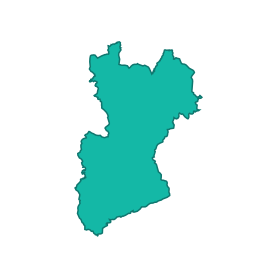 outline of Antanifotsy, Vakinankaratra, Madagascar, rotated 243°
{"feature_id": "10022922B69082959012584", "entity_name": "Antanifotsy", "entity_type": "district", "adm_level": 2, "iso_a3": "MDG", "parent_name": "Madagascar", "parent_adm1": "Vakinankaratra", "projection": "orthographic", "projection_center": [47.552, -19.75], "detail": "fine", "context": "isolated", "style": "filled", "palette": "teal", "viewbox_px": 256, "rotation_deg": 243, "n_neighbors": 0, "source": "geoboundaries", "source_scale": "gbopen_adm2", "svg_char_len": 5859}
<svg xmlns="http://www.w3.org/2000/svg" viewBox="0 0 256 256"><g transform="rotate(243 128 128)"><path d="M57.2,43.5L55.9,44.9L55.9,46.1L55.5,46.9L54.2,48.1L52.6,48.4L52.0,49.9L49.6,49.8L48.7,50.4L47.7,50.5L47.2,51.6L46.2,51.7L45.7,52.0L45.9,52.4L46.6,52.3L47.0,52.7L46.8,53.9L46.0,55.8L46.1,57.5L50.1,59.8L50.5,62.4L50.5,65.3L51.4,65.8L52.4,65.1L52.9,66.2L52.5,66.7L52.7,67.1L52.4,67.3L52.0,68.5L51.8,69.1L52.0,69.8L52.3,70.1L54.9,70.0L53.9,71.2L53.6,72.7L52.8,73.9L52.9,75.6L53.7,77.9L53.0,80.5L52.8,80.9L52.3,80.8L51.8,81.2L52.0,83.1L51.6,83.6L51.4,86.3L51.7,89.7L51.1,90.9L51.0,91.6L51.9,92.3L52.1,95.0L51.5,94.8L51.1,94.3L50.6,94.7L50.2,95.5L49.6,98.5L50.3,102.0L51.5,104.3L49.9,107.7L49.9,109.1L50.5,111.1L50.8,113.2L50.5,114.6L49.8,116.2L49.7,118.1L49.2,119.1L49.0,120.0L49.3,121.9L48.7,125.1L49.0,126.6L48.5,131.4L48.9,134.5L50.5,135.2L52.3,135.3L55.1,137.0L56.0,137.2L57.8,136.7L59.7,136.9L61.2,138.0L62.4,138.2L63.0,138.1L63.8,137.5L64.2,136.8L65.2,136.1L66.1,134.5L67.0,134.0L67.3,134.0L69.0,135.2L71.2,136.4L73.1,136.1L75.1,135.2L82.3,136.7L83.1,136.7L84.9,135.8L85.4,136.3L85.6,137.0L86.3,137.1L86.9,137.0L87.8,136.0L89.5,135.9L90.3,136.1L90.6,136.6L90.3,138.2L91.3,138.3L94.6,141.5L95.2,141.3L96.5,142.0L96.7,143.3L99.1,145.6L99.9,147.2L100.0,149.7L99.8,152.6L100.0,152.9L100.9,153.2L101.5,153.7L102.2,155.7L103.3,156.7L103.4,157.3L102.9,158.5L103.0,159.0L103.8,160.0L105.2,160.9L106.2,161.9L108.7,162.4L108.3,163.3L108.1,164.5L108.2,165.3L107.2,168.2L107.2,168.7L109.8,170.5L110.8,170.3L111.5,170.5L112.1,170.3L112.4,170.6L113.1,170.4L115.1,172.8L116.4,173.7L115.2,174.3L114.2,175.2L114.0,175.7L114.2,176.5L114.1,177.2L115.1,178.6L116.8,179.3L117.7,180.0L118.0,180.7L116.1,181.7L115.8,182.9L115.5,183.1L111.9,183.9L109.3,185.2L109.0,185.9L110.1,187.2L112.5,188.3L113.1,189.1L113.1,189.7L112.1,190.2L111.3,191.6L111.5,192.9L113.1,194.1L112.8,195.0L112.6,195.1L112.2,194.7L111.8,195.1L112.0,196.7L111.4,198.8L111.6,199.8L111.9,199.2L113.0,198.3L113.8,198.0L114.5,198.3L117.0,200.0L117.3,200.0L118.0,199.4L120.1,199.5L120.3,200.1L120.1,202.1L121.0,202.5L121.3,203.4L122.5,203.7L122.4,204.5L121.6,205.9L121.5,206.9L121.8,207.8L124.3,206.9L124.4,206.7L123.8,206.1L123.7,205.5L123.9,204.2L124.7,203.2L126.7,202.8L128.1,201.9L129.8,202.4L130.5,201.7L131.6,201.5L140.3,206.8L141.9,207.4L144.2,207.2L145.4,208.5L147.2,212.3L148.6,212.5L150.0,212.1L153.4,209.7L157.7,208.4L159.1,207.4L160.6,205.3L161.9,204.9L166.2,205.3L167.5,203.9L167.8,203.2L168.3,203.1L168.8,202.6L168.8,202.0L168.2,200.8L168.7,199.9L170.6,201.0L171.4,200.8L173.3,201.0L174.4,202.1L175.6,202.0L176.9,202.7L177.3,202.3L177.6,202.4L177.6,201.7L178.6,200.5L178.3,199.7L179.0,199.5L179.8,197.6L180.8,196.4L180.8,195.8L178.8,194.1L178.4,193.2L177.1,192.6L176.4,190.8L175.1,189.8L175.0,188.9L174.4,188.6L174.3,187.9L173.4,187.3L173.5,186.6L172.9,185.5L172.6,183.3L172.0,182.8L171.2,182.9L170.7,182.5L170.4,182.0L170.5,181.1L168.5,178.7L168.8,178.2L168.6,177.9L167.9,177.9L167.7,177.1L166.7,177.5L166.4,176.7L166.9,176.4L166.9,176.1L166.7,175.9L166.3,176.0L166.1,175.1L165.4,174.8L165.7,174.3L165.3,173.7L171.2,174.0L173.0,173.8L176.3,171.4L176.5,169.5L180.0,166.2L181.0,165.7L180.8,164.7L181.9,162.4L182.1,160.8L181.7,158.9L181.0,157.4L180.9,156.1L183.7,155.7L185.3,153.8L186.8,150.8L188.8,148.8L193.1,151.8L197.1,152.7L199.0,153.9L200.8,157.2L202.1,157.1L202.5,157.3L202.6,157.9L203.1,157.4L203.6,157.8L204.4,157.8L205.1,159.0L206.8,159.4L207.4,159.9L208.6,159.5L209.2,157.9L209.0,157.4L209.3,156.8L209.0,156.4L208.8,156.7L208.6,156.5L209.1,155.3L208.8,153.9L209.6,152.9L209.6,151.0L209.9,150.8L209.6,150.5L209.0,148.9L209.2,148.4L210.1,148.0L210.3,147.7L207.9,146.9L207.3,146.5L206.7,145.5L206.1,145.3L205.0,145.6L204.4,145.1L203.3,144.9L202.7,144.2L203.4,142.9L203.5,141.7L203.9,140.6L204.2,137.3L204.1,132.6L207.9,131.7L208.7,130.6L209.5,128.3L209.3,127.3L207.4,125.8L204.3,124.0L199.7,122.2L198.1,120.4L195.2,120.7L194.3,121.4L192.6,122.1L191.4,122.3L191.1,122.7L190.0,122.3L189.3,122.4L189.1,121.7L189.4,121.0L188.5,119.9L188.5,119.3L187.9,118.9L188.2,116.9L187.1,116.4L187.5,115.4L187.1,114.9L186.6,114.9L186.2,115.5L186.2,116.5L186.6,117.4L184.9,118.5L185.2,119.8L183.1,121.3L182.3,120.9L182.0,119.3L181.5,119.1L181.1,118.2L180.6,118.0L179.9,118.1L179.5,118.8L177.8,119.5L177.1,119.6L176.4,119.3L175.2,118.1L172.7,116.2L172.3,112.6L171.5,112.7L170.9,113.6L169.3,114.6L168.9,115.1L168.0,114.4L167.4,114.3L166.9,114.7L166.3,116.1L164.2,115.5L163.7,116.1L163.2,116.2L161.2,115.4L160.5,114.8L159.8,114.8L157.7,113.7L155.0,114.9L152.0,115.8L150.1,116.0L147.6,115.8L147.1,115.4L146.8,114.7L140.8,113.6L139.9,112.8L139.5,111.9L138.8,108.2L138.3,107.5L135.5,107.6L134.2,108.6L132.3,108.6L131.7,108.3L131.2,107.4L129.3,106.3L129.7,105.2L130.0,102.8L130.4,102.2L132.0,100.6L134.0,100.0L134.9,97.9L136.4,96.0L138.6,94.6L140.0,93.3L141.6,92.5L142.4,91.9L142.6,91.5L141.3,89.3L141.4,87.0L141.0,86.2L139.5,86.6L138.2,86.4L138.7,83.5L138.5,82.1L137.9,80.9L137.1,80.1L135.2,79.9L134.5,78.7L134.0,78.2L132.0,77.3L130.0,76.8L129.2,75.1L128.2,74.2L128.1,71.7L126.5,71.0L123.5,71.1L121.3,72.4L119.1,72.5L118.6,72.2L118.1,70.9L115.9,70.4L114.7,70.9L114.4,70.8L113.5,69.9L113.3,70.1L113.3,71.0L112.7,71.7L112.0,71.9L110.9,71.7L109.7,70.6L109.8,69.9L110.7,69.8L110.6,68.2L110.5,67.9L109.5,67.7L109.7,67.1L109.4,66.6L107.7,66.5L107.7,66.9L108.0,67.3L107.7,68.2L108.2,68.9L108.0,69.2L106.8,68.1L105.7,68.4L103.1,67.8L103.2,67.5L104.0,67.7L103.9,67.0L102.8,66.4L103.6,65.4L103.1,64.9L103.5,64.6L103.3,64.2L103.8,63.3L103.8,62.5L103.2,62.1L102.7,62.3L102.4,62.0L101.5,60.2L100.4,56.7L98.3,54.8L98.8,54.1L98.6,53.6L96.3,53.6L94.0,54.9L93.3,54.7L90.9,54.9L89.6,54.2L86.8,51.9L86.2,51.9L85.2,52.5L84.2,51.4L82.7,51.1L81.0,48.4L80.3,47.6L79.3,46.9L77.3,46.2L74.8,44.2L69.8,43.9L67.9,44.6L64.6,44.2L63.2,45.0L62.0,44.6L61.1,45.0L60.3,45.1L57.2,43.5Z" fill="#14b8a6" stroke="#0f766e" stroke-width="1.5"/></g></svg>